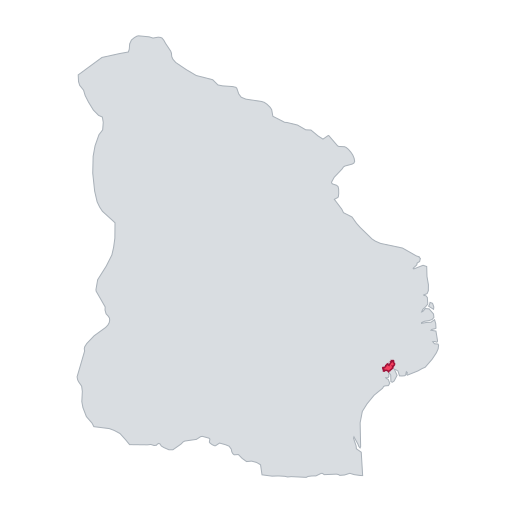 Warri South, Delta, Nigeria shown in context, rotated 269°
{"feature_id": "59680162B21053239387442", "entity_name": "Warri South", "entity_type": "district", "adm_level": 2, "iso_a3": "NGA", "parent_name": "Nigeria", "parent_adm1": "Delta", "projection": "mercator", "projection_center": [5.662, 5.624], "detail": "fine", "context": "in_parent", "style": "filled", "palette": "rose", "viewbox_px": 512, "rotation_deg": 269, "n_neighbors": 0, "source": "geoboundaries", "source_scale": "gbopen_adm2", "svg_char_len": 5370}
<svg xmlns="http://www.w3.org/2000/svg" viewBox="0 0 512 512"><g transform="rotate(269 256 256)"><path d="M440.2,81.4L457.2,105.4L460.8,123.2L462.2,131.9L465.0,132.9L470.3,133.4L474.1,135.2L476.4,138.1L477.9,140.8L478.2,142.4L477.0,153.0L475.7,156.8L476.5,162.0L476.2,164.3L475.6,165.8L473.3,167.6L470.1,169.3L462.3,174.3L460.2,175.0L456.9,175.2L454.1,176.4L450.8,179.2L443.7,189.3L437.5,199.4L433.0,215.8L427.7,220.9L426.7,225.5L425.8,235.7L425.0,238.8L424.1,239.7L418.3,241.6L415.0,244.0L413.0,248.6L410.4,264.3L409.5,266.9L407.6,269.6L404.6,272.6L402.1,274.2L395.4,275.3L389.1,287.1L389.0,289.1L386.2,299.8L381.3,307.9L381.0,313.1L374.9,320.2L371.7,325.0L375.0,330.0L375.2,330.8L364.8,339.4L364.1,340.6L363.7,346.5L362.9,348.1L361.0,350.3L358.1,352.7L355.3,354.5L352.0,355.8L348.9,356.3L347.2,355.5L346.2,353.7L344.4,346.5L343.5,345.0L341.5,343.6L333.4,335.6L328.5,332.8L327.5,333.0L326.7,333.8L325.3,337.8L323.9,339.3L321.4,339.8L316.9,339.8L313.6,339.3L312.9,338.5L311.3,335.3L301.3,342.6L297.8,344.2L293.3,352.7L287.0,357.0L282.7,360.7L271.0,372.3L268.7,375.7L266.4,380.8L261.4,402.6L253.3,416.3L252.3,419.2L251.8,419.1L250.7,420.3L247.6,419.5L246.2,417.0L244.3,416.6L241.0,412.9L240.3,413.5L243.8,422.9L242.5,426.5L232.6,426.6L224.2,427.9L218.3,427.7L215.4,426.4L214.1,422.9L213.6,423.3L213.3,425.2L211.5,426.6L204.9,426.9L202.1,424.5L199.7,421.8L197.2,420.6L197.6,421.8L200.5,424.4L200.1,428.2L194.9,432.5L191.5,432.8L189.4,430.9L188.4,427.8L187.8,423.3L186.5,420.3L185.7,420.3L186.6,425.2L186.7,429.8L189.2,433.4L185.3,434.5L180.7,434.7L180.1,433.3L179.5,430.4L178.7,429.6L177.8,434.6L168.3,436.0L167.0,435.8L166.7,434.9L167.4,433.5L167.2,431.2L165.1,433.0L164.8,436.4L163.6,437.0L160.0,436.5L156.1,434.7L149.7,430.3L141.8,423.2L140.5,420.0L138.3,416.0L134.2,405.2L134.9,404.7L136.8,405.3L137.7,404.3L134.4,403.5L133.7,402.7L133.5,400.3L133.6,397.4L138.6,395.9L139.7,394.1L140.4,392.3L134.3,395.0L128.6,391.9L127.4,390.1L128.0,388.7L134.6,388.6L136.9,387.2L135.5,386.7L133.0,386.7L132.0,385.8L132.1,383.6L131.3,384.1L130.2,386.1L126.4,387.5L124.1,386.1L123.9,382.8L123.4,381.4L121.5,380.2L114.8,371.7L106.3,364.5L98.8,359.6L87.4,357.2L63.6,357.3L62.3,356.7L63.8,355.5L65.8,354.8L73.5,350.8L72.2,350.3L64.3,352.8L61.5,353.0L58.0,357.8L34.6,358.8L34.7,356.6L35.7,350.3L37.1,346.0L35.5,340.7L35.2,335.9L36.1,334.5L36.5,332.6L36.2,320.4L37.5,318.6L37.5,317.3L35.1,312.1L35.1,308.1L34.7,304.2L33.8,302.4L34.8,287.4L34.5,283.7L35.2,281.1L35.7,274.6L35.6,268.2L37.1,258.2L47.2,256.9L49.6,252.9L51.0,248.0L50.6,243.0L53.8,238.7L57.8,234.9L57.6,230.7L58.7,229.4L60.6,228.4L63.3,227.9L66.3,225.8L67.9,222.1L69.6,216.3L67.0,212.2L67.0,211.3L68.0,209.1L69.6,206.9L70.8,206.1L73.7,206.7L74.7,205.8L76.6,199.3L76.4,197.6L73.7,193.2L72.2,181.5L71.4,179.9L69.3,177.8L63.7,169.5L63.8,165.5L66.1,160.5L67.7,158.0L69.8,156.7L70.3,155.5L69.6,154.1L68.5,153.1L68.3,150.8L69.4,147.6L69.1,144.2L69.6,126.3L74.1,122.8L80.8,117.0L84.2,110.9L86.0,106.3L88.2,90.9L91.7,89.2L98.4,83.6L107.5,80.3L113.4,79.3L123.7,80.0L128.9,79.4L133.4,76.4L135.4,75.5L138.3,75.0L164.0,83.0L166.3,82.7L168.3,83.2L171.5,85.3L179.1,92.8L187.1,104.3L189.5,106.7L192.0,108.1L194.5,108.6L196.5,108.4L198.3,107.3L200.8,105.1L204.6,104.1L207.7,104.3L223.7,95.5L225.3,95.4L235.1,97.3L248.5,106.1L259.5,111.9L267.2,113.8L276.3,115.2L291.7,115.6L303.4,103.2L307.7,100.5L312.9,98.1L323.7,95.8L341.7,94.2L358.5,94.9L369.0,97.0L380.0,101.1L384.8,104.9L392.3,105.6L397.6,104.8L399.4,101.0L404.8,95.9L412.8,91.2L419.4,88.0L424.8,86.5L429.7,82.7L433.5,81.6L440.2,81.4ZM205.6,431.7L201.9,432.9L199.6,432.6L202.8,427.7L204.5,428.7L206.6,429.2L205.6,431.7Z" fill="#d9dde1" stroke="#a8b0b8" stroke-width="1"/><path d="M140.1,381.2L140.2,381.5L140.4,381.8L140.1,381.9L139.6,381.9L139.3,381.8L138.8,381.5L138.6,381.9L138.7,382.4L139.1,382.8L139.3,383.2L139.4,383.5L139.5,383.8L139.5,384.1L139.4,384.5L139.2,385.0L139.2,385.3L139.0,385.6L138.8,385.8L138.3,386.2L138.0,386.4L138.5,386.7L138.6,386.8L138.7,387.0L138.8,387.4L138.9,387.8L139.1,387.9L139.4,388.1L139.8,388.5L140.1,388.8L140.2,389.2L140.4,389.5L140.7,389.8L141.1,390.0L141.6,390.8L142.1,390.6L142.3,390.7L142.3,390.9L142.6,390.9L142.8,390.9L143.0,390.8L142.9,391.0L143.0,391.2L143.3,391.3L143.4,391.2L143.5,391.3L143.7,391.2L143.8,391.3L143.9,391.5L144.0,391.6L143.9,391.7L143.9,391.8L144.0,391.9L144.0,392.0L144.3,392.2L144.5,392.3L144.7,392.5L145.0,392.6L146.0,392.6L146.0,392.4L146.3,392.2L147.0,391.9L147.3,391.7L147.5,391.7L147.8,391.7L148.1,391.5L148.3,391.6L148.5,391.8L148.9,391.7L149.0,391.6L148.9,391.3L148.8,391.1L148.6,390.8L148.6,390.6L148.9,390.7L149.1,390.7L149.1,390.4L148.9,390.3L148.7,390.3L148.8,390.2L148.9,389.9L149.0,389.6L148.8,389.6L148.7,389.6L148.5,389.4L148.3,389.4L148.2,389.3L148.1,389.2L148.0,389.3L147.9,389.5L147.8,389.4L147.8,389.2L147.7,389.3L147.4,389.3L147.3,389.2L147.2,389.2L147.1,388.9L146.8,388.6L146.4,388.3L146.2,388.3L146.0,388.2L145.7,388.0L145.3,387.7L145.1,387.5L144.7,387.3L144.3,387.1L144.6,386.7L144.9,386.3L145.1,385.9L145.3,385.7L145.9,385.8L145.7,385.3L145.5,385.1L145.1,384.8L144.8,384.5L144.5,384.2L144.2,383.8L143.7,383.9L143.5,383.6L142.9,383.2L142.5,382.8L142.3,382.7L142.3,382.4L142.3,382.2L142.3,381.7L142.3,381.4L142.4,381.1L142.2,380.8L141.9,380.9L141.7,380.8L141.4,380.8L141.2,380.9L141.1,381.0L140.8,381.1L140.6,381.1L140.4,381.1L140.1,381.2Z" fill="#f43f5e" stroke="#9f1239" stroke-width="1.5"/></g></svg>